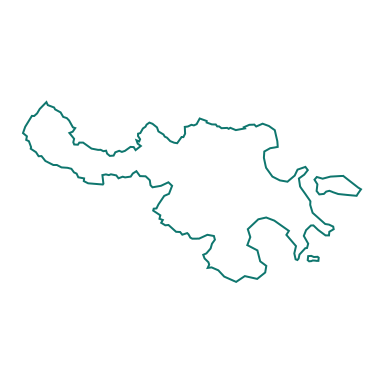 the district of Ceiba, Puerto Rico
{"feature_id": "32010507B71550850987381", "entity_name": "Ceiba", "entity_type": "district", "adm_level": 2, "iso_a3": "PRI", "parent_name": "Puerto Rico", "parent_adm1": "", "projection": "orthographic", "projection_center": [-65.662, 18.248], "detail": "fine", "context": "isolated", "style": "outline", "palette": "teal", "viewbox_px": 384, "rotation_deg": 0, "n_neighbors": 0, "source": "geoboundaries", "source_scale": "gbopen_adm2", "svg_char_len": 3526}
<svg xmlns="http://www.w3.org/2000/svg" viewBox="0 0 384 384"><path d="M46.4,102.1L39.7,109.0L37.1,113.4L34.2,116.0L31.9,115.9L25.2,126.8L23.0,133.1L26.9,136.3L26.2,139.9L28.9,141.2L31.1,147.2L30.7,148.7L36.0,152.2L38.6,156.2L41.5,156.1L45.4,161.0L53.3,165.0L56.9,165.0L61.5,167.4L67.5,167.8L71.4,168.8L74.0,172.4L76.6,173.6L78.3,177.3L84.1,178.4L83.8,181.1L88.1,183.3L102.8,184.5L103.4,183.7L102.4,175.1L105.9,174.4L108.9,175.1L110.9,174.3L116.3,175.4L118.5,178.3L122.7,176.7L125.1,177.4L130.7,176.6L132.8,173.5L136.4,171.2L140.0,176.1L145.6,176.3L148.2,178.7L149.8,180.3L150.5,185.2L152.5,187.3L161.0,185.8L168.4,182.3L172.1,185.8L169.0,193.8L164.2,195.9L158.4,204.5L156.5,208.4L153.7,208.7L153.2,210.6L160.3,215.3L159.5,218.8L162.8,220.0L161.2,222.8L165.3,225.3L168.5,225.0L176.1,231.8L180.1,232.0L182.3,234.7L187.2,233.1L188.5,234.3L190.3,237.6L192.3,238.7L199.1,238.6L207.4,234.8L213.9,236.0L214.9,239.7L212.0,243.7L210.6,248.5L206.4,253.4L203.2,254.8L204.6,258.5L208.4,262.2L209.2,264.6L207.7,267.9L211.6,267.4L218.3,270.3L224.2,276.6L236.1,281.9L243.3,277.1L244.8,276.1L254.1,278.2L257.2,278.9L265.2,272.5L266.3,265.9L263.8,264.0L260.8,261.8L260.2,261.3L257.4,250.4L247.3,245.1L247.5,244.7L248.5,241.9L250.3,237.1L249.9,235.8L247.8,229.2L258.3,219.3L266.2,217.5L266.4,217.6L270.6,219.2L274.3,220.6L288.9,230.9L286.4,234.9L296.0,246.1L294.3,253.4L295.6,259.3L297.4,260.0L298.6,258.6L299.5,254.5L305.3,248.2L307.0,248.0L308.2,243.7L303.8,235.9L306.1,230.1L307.6,228.7L308.3,228.0L310.9,225.5L313.4,225.4L318.0,229.8L318.5,230.2L325.1,235.1L325.5,235.4L329.0,235.4L329.3,231.8L333.7,229.2L333.2,226.6L329.0,224.6L325.2,224.0L312.6,212.8L310.2,204.9L310.4,201.3L305.0,193.5L301.2,188.2L300.1,186.5L298.9,178.5L302.9,175.6L304.2,174.7L307.8,170.1L305.4,166.9L297.6,169.6L297.1,170.5L294.7,175.6L289.8,179.7L287.5,181.7L279.9,180.4L273.4,177.1L272.4,176.6L266.1,167.8L265.6,165.8L263.9,157.8L264.3,151.5L270.2,148.2L274.5,147.5L277.7,146.9L277.6,144.7L277.3,141.1L276.0,135.5L274.8,130.2L274.3,129.8L271.0,127.5L268.9,126.0L262.6,123.7L256.2,126.5L254.3,124.6L252.7,124.7L249.4,124.8L243.9,127.2L244.9,128.4L235.8,130.1L230.3,127.8L228.7,128.8L227.1,127.9L221.5,128.2L219.1,126.4L217.2,126.4L215.8,124.5L211.9,124.4L206.6,122.5L206.7,121.0L199.7,118.5L196.6,124.2L193.9,125.4L191.4,124.8L187.9,126.5L184.8,126.9L185.1,133.7L183.4,137.1L181.6,137.0L177.2,143.2L174.1,142.7L170.2,141.1L167.0,137.7L164.7,136.6L163.5,134.5L158.4,131.4L157.0,127.4L152.5,123.8L149.4,122.6L146.6,124.6L145.5,126.7L142.9,128.5L140.3,133.1L138.1,133.7L138.0,136.0L140.1,139.2L139.2,141.4L136.5,140.3L137.7,143.6L140.8,146.0L135.6,150.1L133.7,147.1L130.5,146.9L124.9,150.9L121.9,151.9L119.2,150.8L115.3,152.3L113.6,155.6L109.8,155.9L107.1,153.6L106.1,150.7L103.4,151.2L100.6,149.8L98.2,149.9L91.5,148.6L83.1,142.6L79.3,142.6L77.9,144.7L74.2,144.5L73.3,142.3L74.1,138.8L69.4,133.0L72.7,131.7L75.2,128.1L72.9,127.3L69.1,120.5L66.8,118.1L63.2,116.9L60.6,112.4L55.1,109.4L54.1,107.5L47.8,105.1L46.4,102.1ZM316.8,177.0L314.5,179.7L317.4,184.3L316.6,191.0L319.3,194.4L323.9,193.9L325.9,191.9L326.2,191.6L329.4,190.8L332.1,191.8L332.7,192.1L337.9,193.9L338.1,194.0L347.8,195.0L356.6,195.8L358.0,193.5L361.0,189.3L358.2,187.6L343.2,175.9L342.9,176.0L341.0,176.0L330.6,176.6L330.1,176.7L325.2,178.0L323.3,178.5L322.7,178.7L316.8,177.0ZM308.2,256.1L307.7,260.1L309.1,261.3L311.3,261.1L312.7,260.5L314.9,260.6L316.8,260.9L318.4,260.9L318.7,257.7L317.6,256.8L313.9,257.0L311.5,256.0L311.3,255.9L308.2,256.1Z" fill="none" stroke="#0f766e" stroke-width="2"/></svg>